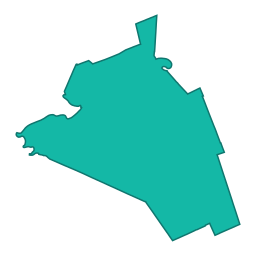 Ramnicelu, Braila, Romania
{"feature_id": "2599482B58935779771922", "entity_name": "Ramnicelu", "entity_type": "district", "adm_level": 2, "iso_a3": "ROU", "parent_name": "Romania", "parent_adm1": "Braila", "projection": "mercator", "projection_center": [27.499, 45.287], "detail": "fine", "context": "isolated", "style": "filled", "palette": "teal", "viewbox_px": 256, "rotation_deg": 0, "n_neighbors": 0, "source": "geoboundaries", "source_scale": "gbopen_adm2", "svg_char_len": 3873}
<svg xmlns="http://www.w3.org/2000/svg" viewBox="0 0 256 256"><path d="M232.3,201.2L225.6,180.7L223.2,173.4L217.1,154.7L224.3,152.3L224.2,152.0L222.4,147.3L220.8,142.9L220.4,143.0L216.4,132.3L216.4,132.2L215.1,128.8L214.0,126.2L209.0,113.5L206.5,107.0L206.3,106.5L204.4,101.5L202.4,96.5L202.3,96.3L203.3,96.0L199.9,88.0L190.4,92.7L187.8,93.9L187.7,94.0L179.9,85.7L179.6,85.3L179.3,85.1L178.1,83.7L177.7,83.1L176.2,81.7L174.7,79.9L168.7,73.1L167.0,71.1L167.0,70.7L165.7,70.6L165.0,70.4L164.2,70.1L163.5,69.7L162.5,69.0L161.9,68.3L162.0,67.6L162.3,67.2L162.9,66.7L163.8,66.5L165.0,66.7L165.8,67.0L166.4,67.5L167.0,68.1L168.0,68.5L169.0,68.5L169.7,68.3L170.8,67.5L171.3,66.5L171.7,65.0L171.6,63.6L170.9,62.2L170.7,61.9L170.5,61.6L169.8,60.9L169.0,60.3L168.1,59.6L166.4,58.9L165.0,58.6L162.3,58.3L161.1,58.2L158.3,58.4L156.0,59.2L155.8,58.5L154.1,55.9L154.0,55.5L154.4,51.5L154.6,51.5L154.8,48.5L155.8,32.1L156.3,23.2L156.8,15.4L154.5,16.3L153.0,17.0L150.8,17.8L149.0,18.6L146.9,19.4L145.3,20.1L144.4,20.5L140.5,22.0L139.0,22.6L136.9,23.5L135.8,24.0L135.9,24.5L136.9,28.7L140.1,42.3L140.6,44.3L139.8,44.5L139.7,44.5L139.1,44.7L136.8,45.6L132.8,47.1L132.7,47.2L125.8,49.9L125.6,50.0L119.2,53.8L112.2,56.7L105.2,59.5L98.1,62.0L97.8,62.1L93.0,63.8L92.7,63.9L88.7,60.6L80.6,63.6L77.2,65.0L76.9,64.1L76.1,64.4L73.4,70.4L71.5,74.9L71.1,75.9L71.0,76.0L66.7,86.1L64.5,91.1L64.4,91.5L65.5,94.6L65.0,94.7L64.5,94.7L64.2,94.7L63.9,94.8L63.6,95.0L63.4,95.3L63.1,95.6L63.0,95.9L63.1,96.3L63.2,96.6L63.4,97.0L63.8,97.4L64.3,97.8L64.9,98.3L65.3,98.5L65.9,99.0L66.6,99.5L67.0,99.9L67.5,100.3L67.9,100.7L68.3,101.2L68.7,101.9L69.1,102.5L69.6,103.1L70.1,103.6L70.5,104.0L71.0,104.3L71.5,104.7L71.9,104.9L72.3,105.1L72.9,105.3L73.6,105.5L74.2,105.7L74.9,105.9L75.7,106.0L76.2,106.1L76.7,106.2L77.9,106.3L78.8,106.2L79.5,105.7L80.1,105.5L80.5,105.5L80.9,106.4L80.8,107.2L81.6,107.6L81.4,108.1L81.2,108.5L80.7,109.1L80.4,109.6L80.0,110.1L79.5,110.5L79.0,111.0L77.1,113.0L74.5,115.3L72.5,116.9L71.2,117.8L69.5,118.4L68.6,118.8L67.8,118.9L67.1,118.5L66.7,118.3L66.5,117.9L66.2,117.4L65.9,116.6L65.3,115.7L64.4,115.2L63.1,114.9L61.9,115.0L61.1,115.0L60.2,115.2L59.3,115.5L58.3,115.8L57.2,116.0L56.5,116.1L55.8,115.9L55.2,115.7L54.5,115.3L53.8,114.9L53.0,114.7L52.1,114.7L50.9,114.8L50.0,115.0L49.0,115.3L47.9,115.9L46.0,117.1L44.3,118.3L40.8,120.2L36.8,121.7L32.9,123.3L31.4,123.9L29.4,124.9L27.6,126.0L26.4,127.0L25.2,128.1L24.4,129.2L22.4,131.6L21.1,133.0L20.5,133.2L19.9,133.2L19.2,133.3L18.3,133.1L16.9,132.7L16.5,133.1L16.3,133.8L16.2,134.5L16.3,135.1L16.6,135.7L17.2,136.4L17.8,136.8L18.4,137.1L19.2,137.1L20.2,136.9L20.7,136.8L21.2,136.3L22.0,136.2L22.5,136.2L23.1,136.4L23.6,136.8L24.2,137.5L24.8,138.6L25.2,139.5L25.4,140.4L25.5,141.4L25.4,142.5L25.2,143.4L25.0,144.3L24.7,144.9L24.3,145.4L23.7,145.7L23.3,146.2L23.2,146.8L23.4,147.3L24.0,147.5L24.9,147.4L26.4,147.0L27.3,146.8L28.2,146.6L29.2,146.8L30.2,147.1L31.2,147.2L32.1,146.8L33.0,147.0L33.7,147.6L34.0,148.5L34.1,149.5L33.8,150.8L33.1,151.5L32.8,151.8L32.4,152.1L32.0,152.7L31.5,153.4L30.4,153.9L30.0,153.9L29.5,153.8L29.4,154.4L29.4,155.0L29.9,155.1L31.1,155.2L32.2,155.2L33.3,154.8L34.1,154.3L34.9,153.6L35.7,153.2L36.8,153.0L37.5,153.1L38.3,153.3L38.7,153.8L38.8,154.3L39.0,154.4L39.6,154.5L40.5,154.7L41.2,154.8L41.8,154.9L42.2,155.0L42.8,155.2L43.8,155.6L44.0,155.5L44.6,155.6L45.0,155.6L45.6,155.7L45.9,155.8L46.5,156.2L47.3,156.8L47.7,157.3L49.5,158.8L49.7,159.0L64.6,165.5L73.8,169.4L82.9,173.4L91.7,177.5L110.2,185.9L123.6,192.0L127.7,193.9L144.9,201.6L145.7,201.6L145.9,202.3L153.1,212.5L154.8,215.0L166.7,232.1L167.8,233.6L170.2,237.2L172.6,240.6L184.9,235.1L186.6,234.4L195.1,230.4L195.3,230.2L195.8,229.9L196.3,229.8L196.7,229.8L205.4,225.8L205.5,225.2L209.7,223.3L210.2,224.6L215.0,235.3L219.1,233.5L219.1,233.4L239.8,224.3L235.2,210.1L233.0,203.5L232.3,201.2Z" fill="#14b8a6" stroke="#0f766e" stroke-width="1.5"/></svg>